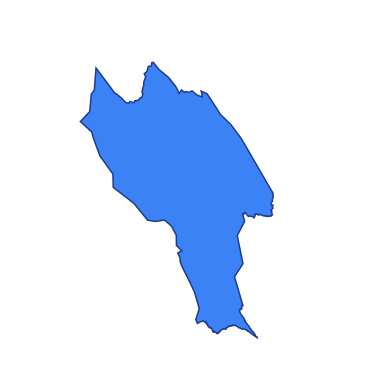 Guovdageaidnu sme 1, Finnmark, Norway (Robinson projection), rotated 55°
{"feature_id": "86288312B74284621306348", "entity_name": "Guovdageaidnu sme 1", "entity_type": "district", "adm_level": 2, "iso_a3": "NOR", "parent_name": "Norway", "parent_adm1": "Finnmark", "projection": "robinson", "projection_center": [24.886, 69.134], "detail": "fine", "context": "isolated", "style": "filled", "palette": "blue", "viewbox_px": 384, "rotation_deg": 55, "n_neighbors": 0, "source": "geoboundaries", "source_scale": "gbopen_adm2", "svg_char_len": 5313}
<svg xmlns="http://www.w3.org/2000/svg" viewBox="0 0 384 384"><g transform="rotate(55 192 192)"><path d="M114.6,126.6L117.8,127.9L120.0,129.1L115.6,132.2L109.2,134.0L108.6,137.3L106.1,139.7L106.0,141.0L102.4,142.0L104.0,146.1L99.7,145.2L96.0,144.8L84.7,145.5L72.8,148.8L63.6,149.3L63.0,150.8L65.5,152.9L64.1,155.8L67.5,159.9L67.7,163.3L71.1,163.9L73.2,166.9L74.1,168.2L77.2,170.7L79.0,173.1L81.6,175.7L82.5,175.8L83.7,176.2L83.9,176.4L85.8,179.2L85.5,179.8L85.2,180.9L86.0,183.6L84.4,186.6L85.5,188.0L85.5,188.6L82.3,190.9L82.9,193.0L80.8,194.9L74.8,195.9L69.1,197.4L66.1,198.6L56.7,198.8L35.4,199.5L52.6,213.7L54.0,218.3L67.4,229.6L68.5,234.5L70.3,243.1L85.1,239.7L91.5,241.9L109.4,246.7L132.0,246.5L143.0,253.9L161.2,248.2L168.3,246.1L189.7,244.5L195.1,238.9L199.2,230.6L208.1,228.4L218.3,229.6L226.8,235.4L234.4,234.2L233.8,238.6L238.9,239.6L242.8,241.8L247.6,243.0L262.8,245.2L275.7,247.4L291.8,253.0L298.6,262.0L302.8,263.0L303.1,259.6L304.1,256.8L304.7,256.6L305.2,256.4L305.4,256.2L306.0,255.9L306.6,256.0L306.9,255.9L306.9,255.7L307.1,255.7L306.8,255.5L307.7,255.5L307.9,255.4L308.0,255.2L308.1,255.3L308.3,255.3L308.5,255.4L308.8,255.3L309.5,255.4L309.6,255.2L309.8,255.2L310.0,255.4L310.1,255.5L310.4,255.6L310.5,255.8L311.1,255.8L311.4,255.9L311.8,255.8L311.7,255.8L312.0,255.7L312.6,255.6L313.2,255.5L313.2,255.4L313.0,255.2L313.2,254.9L313.2,254.7L314.0,254.4L314.1,254.5L314.3,254.6L314.5,254.4L314.7,254.6L315.1,254.3L315.8,254.3L316.1,254.1L316.4,254.2L316.4,254.3L316.6,254.4L316.9,254.4L316.9,254.5L317.0,254.7L318.1,255.0L318.1,254.8L318.2,254.7L318.8,254.7L319.2,254.5L319.1,254.4L318.9,254.1L319.1,254.1L319.4,254.1L319.8,253.9L319.7,253.7L319.8,253.7L319.7,253.7L319.8,253.6L319.9,253.3L320.1,253.1L320.6,253.0L321.3,252.7L321.7,252.8L322.1,252.8L322.4,252.6L322.4,252.4L322.6,252.3L322.7,252.1L322.4,251.9L322.6,251.7L322.6,251.2L322.2,250.9L322.3,250.3L322.2,250.2L322.4,250.1L322.2,249.9L322.2,249.6L322.3,249.3L322.1,249.2L321.9,248.7L321.9,248.4L322.0,248.3L322.0,248.0L321.7,247.9L321.6,247.5L321.8,247.3L322.2,246.0L322.1,245.3L321.9,245.2L322.0,245.0L322.0,244.8L322.2,244.7L322.4,244.5L322.4,244.4L322.7,244.1L323.0,243.6L323.7,243.4L323.8,243.3L323.7,243.2L323.8,243.1L323.6,242.8L323.1,242.7L323.1,242.4L322.9,242.2L323.1,241.7L323.0,241.2L323.1,240.9L323.4,240.7L323.3,240.4L323.3,239.9L323.0,239.8L322.8,239.6L323.1,239.3L323.1,238.9L323.3,238.4L323.3,238.1L324.1,237.6L324.2,237.3L324.2,237.0L323.9,236.9L324.0,236.8L324.1,236.4L324.4,236.2L324.6,235.8L324.5,235.6L324.7,235.4L324.8,235.0L324.5,234.9L324.8,234.5L325.1,234.2L325.4,234.2L325.5,233.9L325.4,233.8L325.5,233.6L325.7,233.4L326.1,233.1L326.2,232.9L326.6,232.8L326.9,232.8L327.6,232.3L327.9,232.1L328.7,231.9L329.8,231.7L330.0,231.5L330.7,230.9L330.7,230.7L330.8,230.6L331.9,230.3L332.2,230.0L332.6,230.0L332.6,229.9L332.9,229.7L333.0,229.5L333.0,229.3L333.2,229.2L333.4,229.0L333.3,228.8L333.5,228.6L333.7,228.4L333.7,228.2L333.8,228.1L334.0,227.9L334.3,227.7L334.5,227.7L335.2,227.3L336.3,226.6L338.1,226.1L338.3,226.0L338.1,225.8L338.4,225.7L338.9,225.4L339.7,225.2L340.4,225.2L342.7,224.3L343.1,224.3L344.1,224.0L344.2,223.8L344.5,223.8L344.8,223.6L345.9,223.3L346.0,223.1L348.1,222.5L348.6,222.2L348.3,222.1L348.2,221.9L347.4,222.2L347.5,222.3L346.8,222.5L346.0,222.4L344.9,222.1L341.8,222.1L340.0,222.6L339.2,222.7L338.1,222.4L337.6,222.5L337.4,222.6L336.9,222.6L335.7,222.5L335.3,222.4L333.8,222.4L333.5,222.5L332.8,222.6L330.9,222.5L330.3,222.6L330.0,222.9L329.5,223.0L328.7,222.7L328.3,222.6L328.2,222.6L328.3,222.5L327.6,222.3L325.0,221.9L324.1,221.9L323.9,222.0L323.6,222.1L321.9,221.9L320.6,222.1L320.1,222.1L317.4,221.6L317.0,221.1L316.3,220.9L316.5,220.7L315.9,220.3L315.9,220.1L315.5,219.6L316.0,219.0L316.2,218.8L316.3,218.5L316.4,218.4L316.1,218.2L315.7,218.0L315.1,217.6L315.0,217.3L314.9,217.2L314.6,217.1L314.5,216.9L314.1,216.8L314.1,216.7L313.5,216.4L313.7,216.1L313.8,215.9L313.7,215.7L313.9,215.7L314.0,215.6L313.8,215.5L314.0,215.4L313.6,215.2L285.7,205.8L280.0,191.4L253.6,179.9L246.4,166.0L246.0,165.6L239.1,163.2L238.9,162.9L239.1,162.7L239.5,162.6L239.3,162.6L239.2,162.4L239.7,162.2L239.7,160.6L239.4,160.4L241.5,159.9L244.3,159.9L244.9,158.3L246.1,157.4L246.2,157.1L246.7,156.8L246.9,156.3L247.1,156.1L248.5,156.1L248.8,156.0L248.8,155.9L248.2,154.9L248.0,154.6L247.6,154.0L247.2,153.6L246.8,153.5L246.3,153.2L246.4,152.9L246.8,152.6L246.7,152.4L246.6,152.1L246.6,151.9L247.0,151.7L247.6,151.6L248.4,151.0L249.1,150.6L249.3,149.9L248.9,149.7L251.0,148.0L251.4,147.8L252.7,147.0L252.8,146.9L252.7,146.8L252.9,146.6L252.7,146.4L252.9,146.2L253.7,145.7L254.8,144.9L254.9,144.6L254.6,144.4L254.9,144.2L255.1,144.0L255.9,143.4L256.2,142.9L256.2,142.5L256.1,142.4L256.4,141.9L257.0,141.3L257.0,140.8L256.8,140.2L256.9,139.9L256.9,139.5L256.8,139.1L256.0,139.2L254.9,138.6L253.5,137.6L252.7,138.2L252.3,138.1L252.1,137.8L252.0,137.6L251.9,135.6L251.8,135.1L251.5,134.9L250.6,134.9L250.1,134.8L249.8,134.4L249.6,133.6L249.5,133.3L249.4,133.2L249.2,133.2L248.8,133.5L248.9,133.8L248.8,134.0L248.6,134.2L248.2,134.3L247.1,134.3L246.9,133.9L246.2,133.3L246.1,133.1L246.1,132.7L245.9,131.8L245.5,131.2L244.2,130.5L242.9,128.5L240.1,126.8L239.8,126.4L179.1,121.2L174.1,121.0L159.2,121.5L144.2,124.3L136.1,123.8L120.3,123.3L114.6,126.6Z" fill="#3b82f6" stroke="#1e3a8a" stroke-width="1.5"/></g></svg>